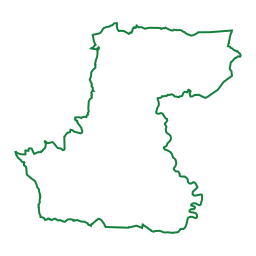 Chilcuautla, Hidalgo, Mexico
{"feature_id": "50627088B382438860006", "entity_name": "Chilcuautla", "entity_type": "district", "adm_level": 2, "iso_a3": "MEX", "parent_name": "Mexico", "parent_adm1": "Hidalgo", "projection": "orthographic", "projection_center": [-99.261, 20.328], "detail": "fine", "context": "isolated", "style": "outline", "palette": "green", "viewbox_px": 256, "rotation_deg": 0, "n_neighbors": 0, "source": "geoboundaries", "source_scale": "gbopen_adm2", "svg_char_len": 5719}
<svg xmlns="http://www.w3.org/2000/svg" viewBox="0 0 256 256"><path d="M37.5,152.4L34.3,153.9L33.1,151.9L31.9,149.0L31.3,148.5L29.6,148.4L28.8,148.6L28.4,150.8L25.4,150.5L25.4,154.4L21.2,154.3L16.9,153.0L16.0,151.8L15.4,152.0L15.5,152.6L16.5,153.3L16.0,154.6L17.2,156.1L17.7,157.5L20.9,160.2L21.6,161.6L23.1,162.2L24.0,162.1L24.4,162.7L24.0,163.7L24.0,164.9L24.2,165.6L25.2,166.1L25.4,166.5L26.2,167.1L26.2,168.3L26.5,168.9L26.3,170.3L26.7,171.7L26.6,173.3L27.0,174.7L31.8,178.8L35.0,181.0L36.6,184.6L37.2,187.2L38.8,189.2L39.4,192.6L40.1,194.9L39.9,195.8L40.4,196.4L40.0,197.2L40.1,198.4L39.7,199.4L39.6,201.1L39.9,202.2L39.3,203.1L39.0,204.3L38.4,205.0L38.7,205.5L38.5,207.1L38.9,207.3L38.9,209.7L39.4,213.6L40.5,215.6L40.5,217.1L42.2,217.3L44.1,218.2L44.5,218.5L44.6,219.3L45.0,219.8L46.3,219.8L48.2,218.5L48.7,218.6L49.1,219.2L50.0,219.1L50.4,219.7L52.0,220.0L53.7,218.9L54.9,218.6L56.0,219.1L57.6,220.3L59.0,220.4L59.4,220.1L60.1,220.1L64.2,221.8L64.8,221.8L67.5,219.6L70.1,219.2L72.7,219.6L73.3,220.7L73.7,220.9L74.4,220.1L75.6,220.5L77.1,220.0L80.8,221.5L84.6,221.7L87.8,223.4L88.0,224.3L88.8,225.0L90.2,225.1L90.9,225.8L91.5,224.1L92.5,223.8L96.1,220.5L98.3,218.8L98.8,218.7L100.8,219.7L101.8,220.6L103.8,223.4L105.6,227.0L128.3,227.7L128.7,227.1L130.7,227.1L136.4,225.7L142.1,227.9L142.7,224.5L143.3,224.7L143.9,225.6L147.5,227.7L148.7,229.0L150.9,230.1L151.4,231.0L153.6,231.7L155.2,231.0L159.6,230.8L161.2,231.3L163.2,232.2L165.2,232.5L167.8,232.3L173.2,232.9L174.0,232.5L177.0,232.4L178.6,231.7L180.4,229.1L182.0,228.8L183.0,229.2L183.7,228.8L184.7,227.9L185.7,226.3L187.0,222.3L187.6,219.0L188.2,217.7L189.7,217.0L190.9,216.7L192.4,216.9L195.4,218.1L196.3,217.9L196.9,217.3L197.1,215.1L195.9,213.3L194.6,212.7L190.4,212.1L189.7,211.6L189.5,210.8L190.0,209.9L190.9,209.3L191.9,209.1L193.8,209.2L195.0,207.8L195.0,207.4L194.6,206.7L191.2,205.5L191.3,204.5L191.7,204.1L193.5,203.3L195.1,203.3L196.1,203.5L197.7,204.6L199.2,205.1L200.0,205.1L200.6,204.6L202.0,199.7L202.1,196.7L201.9,194.9L201.4,194.5L200.6,194.5L195.2,195.6L194.1,195.5L192.7,194.5L192.5,194.0L192.9,191.6L197.3,187.6L197.2,186.5L195.5,183.4L194.2,182.3L193.3,182.2L191.6,183.4L190.0,183.6L188.9,183.0L188.1,182.2L187.5,179.0L185.8,177.2L184.6,176.5L181.9,176.6L180.1,176.2L179.6,175.7L179.7,174.0L178.6,171.9L178.0,171.5L176.1,171.4L174.6,170.4L173.8,169.1L173.8,168.3L175.3,166.3L176.2,164.2L176.2,162.3L175.8,160.6L175.3,159.4L174.7,158.7L173.1,157.6L171.9,153.9L170.5,152.2L169.1,151.2L166.2,149.9L165.1,149.7L163.9,148.2L163.9,147.3L165.7,146.5L166.9,145.3L167.5,143.3L169.6,141.3L170.5,139.8L170.9,138.9L170.9,137.3L170.4,135.8L168.8,134.1L167.1,133.1L166.4,132.4L166.0,131.2L165.7,129.0L166.4,126.9L166.0,125.8L165.1,124.7L164.9,123.5L166.0,122.5L167.3,120.4L166.9,118.9L165.8,118.5L164.9,117.4L162.6,113.6L160.9,113.1L159.0,113.7L157.6,113.7L156.4,113.1L156.2,112.1L157.1,109.0L157.1,108.3L158.7,105.4L158.9,104.3L158.5,101.3L157.6,99.1L157.7,98.2L160.5,97.8L161.7,97.0L162.0,96.2L163.4,96.4L165.1,95.9L165.9,96.1L167.2,95.6L167.8,94.8L169.8,94.9L171.4,94.3L173.1,94.9L174.8,96.5L177.0,96.7L178.2,97.1L179.2,97.0L179.8,96.3L181.0,96.3L182.3,95.8L183.3,93.0L184.7,91.8L186.2,91.9L187.0,92.4L187.4,92.3L188.1,90.9L188.1,90.1L188.5,89.7L189.2,90.0L189.1,90.9L190.2,90.8L190.6,91.2L190.6,91.6L189.6,93.6L190.2,95.9L190.7,96.6L192.7,96.3L194.3,95.1L199.0,94.8L202.5,96.7L205.4,97.9L207.9,96.6L218.0,89.6L223.5,82.0L232.0,75.8L231.4,71.0L229.9,69.3L229.8,68.6L229.8,67.0L230.3,65.6L230.8,62.2L232.2,61.3L234.3,58.8L235.3,57.9L235.8,58.0L238.0,56.4L240.0,56.7L240.6,55.7L240.1,53.9L239.4,53.5L237.5,51.3L237.2,51.1L236.8,51.5L235.3,50.4L234.4,50.4L231.7,48.1L230.8,48.0L230.1,46.8L228.0,46.2L228.3,44.2L229.0,43.2L228.9,41.7L229.7,38.8L229.9,37.0L230.9,33.5L231.6,32.3L231.9,30.5L209.8,32.2L198.1,32.3L197.5,33.0L193.4,35.2L190.9,35.6L188.5,34.4L187.9,34.5L185.7,33.2L184.4,32.1L182.8,31.5L181.7,30.5L180.1,30.0L177.0,30.2L174.0,29.7L173.2,30.4L171.6,30.5L168.7,29.4L165.4,27.6L164.5,28.3L163.1,28.1L161.5,29.0L160.9,28.8L160.7,28.2L157.8,27.9L148.9,27.8L144.9,28.7L141.4,27.1L138.9,27.4L137.9,26.9L137.0,25.7L136.6,25.5L135.9,27.7L135.3,27.9L134.0,27.2L133.8,27.3L133.7,28.2L132.7,28.6L132.2,31.4L131.7,31.7L131.5,32.7L129.9,32.7L129.6,33.6L128.5,33.9L127.7,33.1L123.8,31.0L120.4,30.8L118.8,31.1L117.6,29.4L116.7,26.2L117.0,24.6L116.8,23.1L114.3,23.4L112.0,25.4L110.4,25.6L109.5,26.6L107.1,26.8L103.9,28.0L103.1,28.7L101.6,31.3L100.4,32.8L98.6,33.6L93.3,34.7L92.6,35.2L93.2,37.2L93.8,40.5L94.9,43.8L95.6,44.8L94.2,46.0L93.3,47.5L91.6,47.9L91.1,48.4L96.6,49.4L97.3,48.4L98.2,48.0L98.5,47.4L99.0,47.7L98.6,49.2L97.4,50.5L97.5,53.6L97.2,56.3L96.2,59.5L95.6,60.4L95.7,61.5L95.1,63.8L95.5,64.7L95.0,65.1L95.4,66.2L95.4,67.7L93.4,69.5L91.3,72.2L91.1,76.0L89.7,79.8L90.5,80.9L90.8,82.4L91.6,83.2L91.6,84.4L91.9,85.0L91.5,86.4L92.9,87.9L92.7,89.7L93.4,90.8L92.4,90.6L92.1,91.5L91.4,92.4L91.3,93.1L91.7,93.6L91.9,94.9L91.4,95.3L91.3,95.8L91.7,96.2L91.9,97.6L89.8,99.3L88.7,102.0L88.3,109.1L88.7,111.1L88.5,112.0L87.8,112.8L88.1,114.6L86.9,115.3L86.4,117.1L85.1,116.8L83.5,116.9L82.3,117.2L81.4,118.1L80.2,117.5L78.6,117.2L75.2,117.5L75.1,119.6L75.4,120.0L76.2,120.3L76.7,121.0L77.2,120.9L77.4,122.7L78.1,123.3L78.8,124.7L79.5,125.3L81.4,128.0L81.6,129.4L82.3,130.8L82.2,131.9L81.4,133.1L80.6,133.3L79.3,133.0L74.1,131.6L72.6,130.3L70.5,129.7L70.2,130.4L70.1,132.1L68.6,132.7L67.5,132.6L65.6,134.9L65.2,135.9L64.3,136.5L64.6,149.0L63.9,149.9L62.8,150.2L61.9,149.2L60.5,148.4L58.5,148.2L57.3,147.6L53.1,142.4L51.9,142.2L48.0,143.2L47.3,143.0L45.1,141.2L44.8,141.2L44.7,141.9L45.7,143.1L45.8,144.9L45.2,147.5L44.9,148.0L44.3,148.8L43.4,149.3L42.5,150.9L41.4,151.1L41.0,152.1L38.7,152.1L37.5,152.4Z" fill="none" stroke="#15803d" stroke-width="2"/></svg>